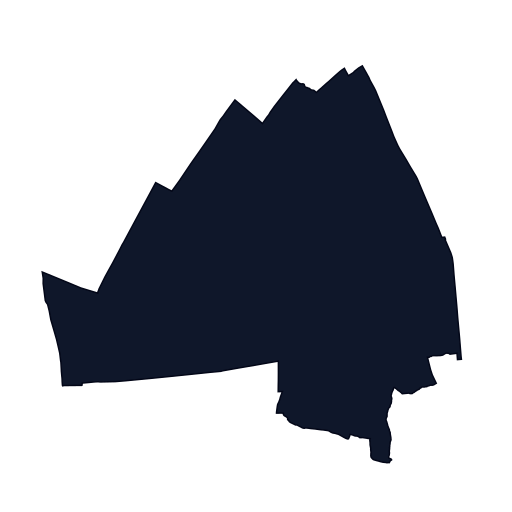 the district of Sapoca, Buzau, Romania, rotated 184°
{"feature_id": "2599482B44441354479305", "entity_name": "Sapoca", "entity_type": "district", "adm_level": 2, "iso_a3": "ROU", "parent_name": "Romania", "parent_adm1": "Buzau", "projection": "albers", "projection_center": [26.759, 45.229], "detail": "fine", "context": "isolated", "style": "filled", "palette": "ink", "viewbox_px": 512, "rotation_deg": 184, "n_neighbors": 0, "source": "geoboundaries", "source_scale": "gbopen_adm2", "svg_char_len": 5852}
<svg xmlns="http://www.w3.org/2000/svg" viewBox="0 0 512 512"><g transform="rotate(184 256 256)"><path d="M468.1,225.1L466.7,218.9L466.4,213.6L463.5,199.0L463.1,196.9L462.2,195.2L460.5,193.2L458.4,186.7L456.2,178.1L451.2,164.6L450.6,162.9L449.2,159.1L447.1,152.3L445.1,145.7L445.0,145.4L444.0,140.1L443.6,138.0L443.2,136.4L442.4,130.1L442.1,127.4L441.5,123.7L441.0,120.8L440.8,119.3L440.6,117.2L440.1,113.6L439.8,113.0L438.4,113.4L420.8,114.8L420.6,114.9L420.5,117.1L416.9,117.7L413.8,118.2L409.8,118.9L407.2,119.3L404.5,119.6L403.6,119.5L401.6,119.6L387.5,120.9L377.8,122.4L351.9,126.7L328.5,130.7L325.7,131.2L319.3,132.3L306.7,134.5L294.2,136.7L283.1,138.5L281.1,139.2L266.3,142.9L249.0,147.1L237.8,149.9L226.4,152.7L226.2,150.7L225.5,141.0L225.0,133.2L224.8,129.0L224.4,122.2L221.5,122.5L220.7,122.6L220.2,122.7L221.7,117.4L222.0,116.0L222.2,114.7L222.6,113.4L223.1,111.7L223.7,110.4L224.1,109.1L224.3,106.9L224.4,105.2L224.5,103.5L224.6,102.0L224.6,100.7L224.3,100.7L219.8,101.1L217.7,101.1L217.7,100.3L217.6,100.0L217.4,99.5L217.0,99.0L216.5,98.6L215.6,98.2L214.4,97.6L214.0,97.3L213.6,97.0L213.3,96.6L213.1,96.0L213.0,94.9L212.4,94.6L211.8,93.9L211.4,93.4L211.2,93.1L210.8,92.8L209.8,92.3L209.3,92.0L208.8,91.9L208.2,91.6L205.9,90.7L205.5,90.5L204.7,90.2L204.1,90.3L203.1,90.2L201.8,89.6L201.6,89.5L201.1,89.3L200.2,88.9L199.8,88.8L199.4,88.6L198.8,88.3L197.7,87.8L197.2,87.7L196.9,87.6L196.4,87.6L196.1,87.6L195.4,87.6L194.7,88.0L191.6,87.9L189.3,87.7L185.0,87.6L180.7,87.3L178.8,87.2L176.9,87.2L175.7,87.1L171.6,86.8L170.4,86.3L169.4,85.7L168.7,85.4L167.3,84.9L166.7,84.8L165.4,84.7L164.1,84.5L162.9,84.2L161.7,84.0L160.3,83.5L159.8,83.2L158.5,82.6L157.2,82.0L156.4,81.6L154.4,80.7L153.4,80.3L151.9,79.9L151.0,80.1L150.5,81.5L150.3,82.3L150.0,82.9L149.9,83.8L149.7,84.6L149.4,84.6L147.1,84.2L145.7,83.7L144.6,83.4L143.3,83.4L142.4,83.4L141.5,83.1L140.6,82.6L139.8,82.1L139.7,82.0L136.9,82.3L132.8,82.0L131.5,81.8L129.4,81.8L129.6,81.3L129.6,80.8L129.6,80.1L129.1,77.3L129.1,76.4L128.9,75.1L128.1,72.1L128.1,71.0L127.8,69.4L127.7,68.9L127.5,68.1L127.6,67.6L127.5,64.7L127.2,63.6L127.0,63.1L125.3,61.5L124.7,61.1L123.6,60.8L122.6,60.6L121.3,60.3L120.3,60.2L120.2,60.1L119.4,60.0L117.8,59.6L115.3,59.2L113.8,59.1L112.4,59.1L111.0,58.9L109.7,59.1L109.2,59.2L108.7,59.1L108.5,59.4L108.3,59.9L108.2,60.3L107.7,61.1L107.3,61.5L106.8,61.8L106.5,62.1L106.8,62.6L107.1,62.9L108.2,63.3L108.7,63.4L109.6,64.0L109.6,65.4L109.2,66.9L109.2,68.0L109.1,68.7L109.2,69.3L109.4,70.3L109.4,72.0L109.3,72.7L109.3,73.2L109.4,73.9L109.5,74.1L109.3,74.6L109.3,75.3L109.4,75.9L109.3,77.3L109.2,77.7L109.2,79.5L109.1,80.1L108.7,81.2L108.5,82.1L108.7,83.3L108.8,84.2L109.1,85.5L109.5,87.1L109.8,88.6L109.9,89.5L110.2,90.0L110.6,90.7L110.8,91.2L110.8,91.7L110.9,92.1L111.4,93.1L112.0,94.2L112.2,94.8L112.6,95.4L112.8,96.1L113.1,97.1L114.0,99.6L114.3,100.3L114.7,100.9L114.8,101.2L114.9,102.2L114.9,102.8L114.7,103.6L114.1,105.0L114.1,105.4L114.2,106.2L114.1,106.6L114.3,107.3L114.3,108.0L114.0,109.6L113.7,110.9L113.7,111.5L113.3,112.6L113.0,113.5L112.6,114.1L111.9,114.8L111.8,115.1L111.8,116.2L111.7,116.6L111.3,117.6L110.9,118.4L110.8,119.3L110.7,120.1L110.8,121.8L110.7,122.2L110.6,122.5L110.6,123.1L110.6,123.5L110.7,123.8L111.1,124.9L111.4,125.4L111.5,126.0L111.4,126.7L111.2,127.6L111.0,129.0L110.3,131.1L109.9,131.8L109.8,132.5L109.6,133.3L109.4,134.2L109.0,134.5L107.7,133.9L107.0,133.5L105.7,132.5L105.4,132.3L105.0,131.9L104.5,131.6L103.5,131.2L102.8,130.7L102.5,130.4L102.1,130.1L101.5,129.8L101.3,129.5L100.5,128.8L94.0,129.9L92.7,129.5L91.0,129.6L90.4,129.8L89.7,130.6L89.2,130.9L88.8,131.0L88.1,131.7L87.2,132.4L86.3,133.0L85.6,133.7L85.1,133.9L84.4,134.2L83.9,134.5L83.5,135.1L83.2,135.6L82.4,135.8L82.2,136.3L81.3,136.9L79.9,137.0L78.8,137.1L77.9,137.4L76.5,137.6L76.4,138.0L75.1,138.4L74.5,138.6L73.8,138.9L73.4,139.2L73.0,139.3L72.5,139.3L70.7,139.5L69.7,139.9L67.9,141.2L67.3,141.6L71.9,149.7L73.9,154.6L74.7,157.0L76.6,162.8L77.9,166.9L76.3,167.0L75.7,167.5L75.2,168.0L74.9,168.0L74.2,168.1L73.0,168.9L71.8,169.0L70.7,169.1L69.5,169.1L64.9,169.6L62.8,170.2L62.1,170.7L60.5,171.9L59.4,172.4L58.0,172.4L57.0,172.3L56.3,172.1L55.7,171.6L48.7,173.0L47.8,166.7L43.9,167.3L44.4,169.9L47.2,188.3L50.5,208.6L51.9,218.0L55.1,238.1L57.1,250.4L58.7,261.2L59.1,263.4L59.9,267.2L60.2,268.4L61.9,272.7L68.6,285.7L68.5,286.1L68.2,286.2L69.1,288.0L69.3,287.9L72.0,287.6L76.2,296.5L78.5,300.8L80.9,305.6L83.3,310.4L91.4,326.2L97.6,338.5L100.5,344.3L101.9,346.6L108.6,356.1L112.9,362.5L120.2,372.8L122.3,376.2L125.2,381.6L127.0,385.0L129.0,389.4L136.0,404.1L138.8,410.2L148.2,429.2L149.9,432.1L154.5,439.2L155.9,442.0L157.3,444.1L158.5,446.0L163.2,453.1L166.6,450.8L170.8,447.0L171.5,445.9L175.3,443.1L175.7,442.7L176.4,442.3L179.7,447.3L180.9,449.4L183.5,447.4L183.9,447.0L184.9,446.1L186.6,444.4L189.2,441.8L193.6,437.2L195.6,435.1L197.7,433.1L200.3,430.4L200.7,430.0L201.4,429.3L202.2,428.4L202.7,427.9L203.5,427.2L203.8,426.8L204.4,426.3L207.2,423.3L208.7,424.5L209.9,425.3L212.4,425.5L213.5,426.1L214.2,426.8L214.8,427.0L216.1,427.3L216.5,427.3L216.8,427.6L217.0,427.6L218.1,427.8L218.7,428.1L219.1,428.5L219.9,430.5L220.4,430.8L220.9,431.0L221.5,431.0L222.3,430.9L222.9,430.8L223.9,431.1L224.8,431.3L225.1,431.4L225.1,431.5L226.1,432.3L226.7,432.9L228.1,434.3L228.3,434.7L230.5,432.1L231.2,431.4L232.7,429.2L236.7,423.3L239.8,418.8L248.1,406.5L251.8,400.4L252.8,398.3L253.2,397.5L254.6,395.6L258.8,388.6L267.9,395.5L287.9,410.2L295.6,398.1L298.5,393.2L301.0,389.7L302.2,387.3L305.7,379.9L314.4,365.2L320.2,355.5L325.3,347.1L327.7,343.1L337.0,326.9L337.2,326.5L344.5,314.8L348.1,316.3L361.2,322.2L365.3,313.0L379.3,282.0L389.1,260.2L390.3,257.9L392.2,253.3L398.5,239.0L401.6,232.4L405.2,224.6L407.0,220.2L410.4,211.9L410.4,211.5L411.3,208.8L411.3,207.9L429.0,212.0L439.2,215.5L455.4,220.9L468.1,225.1Z" fill="#0f172a" stroke="#020617" stroke-width="1.5"/></g></svg>